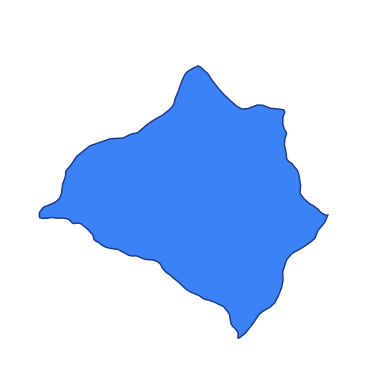 Minjay, Lhuntshi, Bhutan (Robinson projection), rotated 291°
{"feature_id": "84629894B76587395508507", "entity_name": "Minjay", "entity_type": "district", "adm_level": 2, "iso_a3": "BTN", "parent_name": "Bhutan", "parent_adm1": "Lhuntshi", "projection": "robinson", "projection_center": [91.245, 27.585], "detail": "fine", "context": "isolated", "style": "filled", "palette": "blue", "viewbox_px": 384, "rotation_deg": 291, "n_neighbors": 0, "source": "geoboundaries", "source_scale": "gbopen_adm2", "svg_char_len": 2818}
<svg xmlns="http://www.w3.org/2000/svg" viewBox="0 0 384 384"><g transform="rotate(291 192 192)"><path d="M113.5,58.9L113.8,59.5L113.6,61.2L114.3,63.0L115.7,66.4L116.3,67.3L117.9,70.1L118.4,71.9L118.9,73.9L119.7,76.8L121.2,79.9L121.8,82.1L122.0,83.1L122.3,85.6L122.1,87.3L121.3,89.2L120.1,91.3L120.1,92.3L120.5,93.5L121.3,95.0L122.2,96.9L122.5,98.1L122.5,99.8L122.0,101.9L121.4,103.3L120.7,105.6L119.3,109.3L118.1,111.2L117.1,113.7L116.4,114.7L114.8,116.1L113.8,116.7L112.6,117.4L111.5,120.5L111.8,121.9L110.7,125.2L110.0,127.8L109.6,130.9L109.8,133.7L110.3,136.5L110.4,137.1L111.3,141.5L112.0,142.7L111.7,144.6L111.6,145.4L111.2,147.6L111.2,149.0L110.6,153.2L110.2,155.5L110.4,156.9L111.2,160.2L112.3,162.2L112.4,163.5L112.6,166.2L112.4,167.1L112.3,170.4L112.3,171.3L112.7,173.7L113.5,176.3L113.8,176.9L114.3,178.6L114.7,181.7L114.7,184.1L114.4,185.5L113.7,187.7L112.6,189.2L110.1,191.9L108.8,194.4L107.9,196.4L107.4,197.6L106.5,201.9L106.0,203.0L104.7,206.2L103.8,209.5L102.6,212.9L100.4,218.3L99.5,220.4L98.8,223.0L98.3,225.4L98.0,228.8L97.9,231.3L97.9,233.0L97.8,236.3L96.5,240.8L96.5,242.2L96.5,243.3L97.1,246.2L96.9,249.4L97.3,251.4L96.7,257.5L96.6,260.8L96.2,262.9L94.7,265.2L93.0,268.3L91.1,270.8L88.6,272.4L86.5,273.4L84.5,274.8L82.7,275.9L82.0,277.0L81.2,278.1L80.4,280.1L79.5,281.9L78.9,283.2L78.0,284.4L77.2,285.4L75.1,286.3L72.2,287.2L72.7,288.4L79.1,292.3L90.0,295.8L95.7,297.1L101.8,298.5L105.8,300.8L112.5,306.1L118.0,308.9L125.9,309.8L134.8,309.9L142.3,308.6L150.0,305.2L156.2,304.9L162.9,304.7L170.2,307.2L179.7,315.0L188.5,321.1L192.9,323.3L201.4,323.4L207.7,325.7L211.8,326.9L217.0,327.0L219.0,327.0L218.5,326.4L218.5,325.0L218.5,323.0L218.9,319.9L220.6,316.8L221.8,313.4L222.7,309.9L223.1,306.5L224.3,302.8L225.7,299.3L227.5,296.4L229.4,293.5L232.7,292.3L236.3,291.3L238.6,290.2L241.4,288.4L244.7,286.7L247.0,285.1L249.0,283.5L250.7,281.5L252.4,278.1L254.4,274.9L255.2,271.3L256.8,268.6L261.8,266.1L269.3,261.3L275.3,259.5L280.0,259.5L281.4,258.6L284.2,255.2L288.2,252.3L294.4,250.0L299.8,250.0L301.6,248.4L300.5,243.3L298.3,235.3L298.4,227.3L296.6,221.7L290.1,214.6L287.4,209.0L287.9,203.7L291.0,195.2L294.6,186.3L298.6,178.8L304.0,169.9L308.3,164.2L309.9,159.6L311.7,155.4L311.8,152.2L308.4,149.1L302.6,144.5L298.3,143.2L293.6,142.9L288.3,142.8L282.5,143.1L278.4,143.0L272.5,142.9L267.9,143.5L264.4,142.9L260.0,141.0L253.3,137.0L245.5,130.5L239.1,126.1L227.7,119.9L224.0,114.1L217.6,108.2L216.5,105.5L212.2,96.3L208.4,91.9L202.3,84.6L198.6,80.2L192.8,76.8L184.0,71.6L173.8,69.3L167.2,67.0L164.6,67.1L162.9,67.9L160.2,68.3L156.4,68.4L153.5,68.4L150.8,69.0L147.1,69.8L143.9,70.7L140.8,70.8L137.5,70.2L133.8,68.2L130.5,65.1L126.9,61.5L125.8,59.9L123.3,58.3L119.5,57.2L118.1,57.0L116.8,57.3L115.6,58.0L115.1,58.0L114.3,58.5L113.5,58.9Z" fill="#3b82f6" stroke="#1e3a8a" stroke-width="1.5"/></g></svg>